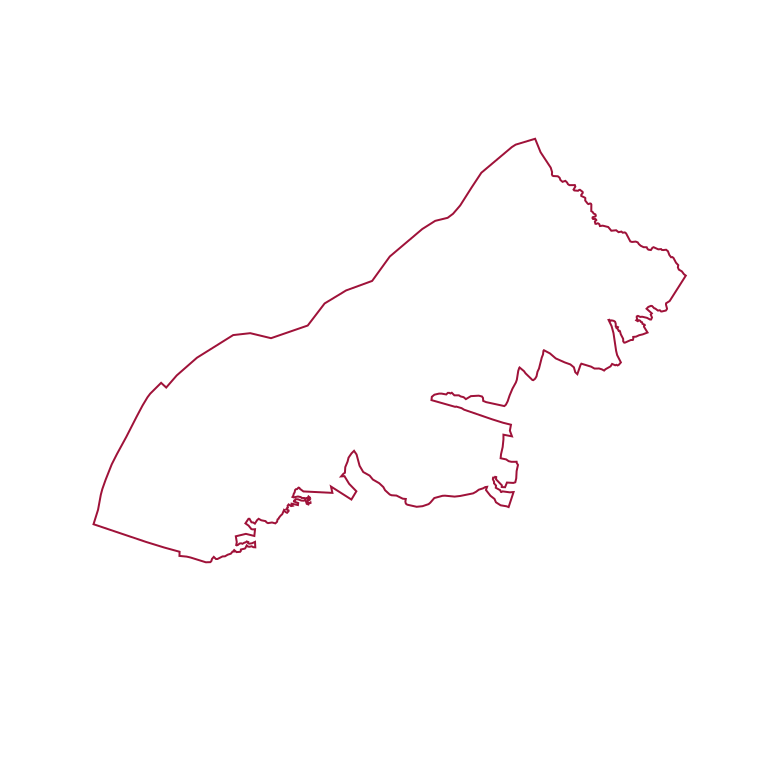 Galicea, Vâlcea, Romania, rotated 37°
{"feature_id": "2599482B8272038924488", "entity_name": "Galicea", "entity_type": "district", "adm_level": 2, "iso_a3": "ROU", "parent_name": "Romania", "parent_adm1": "Vâlcea", "projection": "albers", "projection_center": [24.314, 44.946], "detail": "fine", "context": "isolated", "style": "outline", "palette": "rose", "viewbox_px": 768, "rotation_deg": 37, "n_neighbors": 0, "source": "geoboundaries", "source_scale": "gbopen_adm2", "svg_char_len": 6164}
<svg xmlns="http://www.w3.org/2000/svg" viewBox="0 0 768 768"><g transform="rotate(37 384 384)"><path d="M379.5,591.9L376.0,587.7L374.4,590.7L372.4,592.7L371.1,592.8L370.7,591.9L369.1,592.4L368.9,593.6L368.0,594.7L367.1,596.8L365.8,597.2L364.7,598.3L364.2,600.4L363.5,601.5L362.9,601.6L361.6,598.9L357.3,594.8L363.9,586.8L371.9,583.4L368.4,577.6L366.7,579.1L365.4,579.7L361.1,578.6L357.2,578.7L356.9,573.2L357.7,572.6L361.4,574.2L362.9,573.3L364.9,573.2L364.6,569.1L365.0,567.1L368.0,566.7L371.9,564.8L373.5,565.2L375.1,564.9L377.9,562.0L381.1,560.7L381.5,558.4L380.5,556.2L380.9,554.9L380.6,554.1L380.7,551.1L381.1,549.3L380.0,544.9L382.4,545.5L384.1,545.2L384.3,543.0L383.9,542.4L381.4,542.8L381.7,542.1L381.2,541.2L381.6,540.5L380.3,539.3L380.3,537.6L383.3,537.4L384.3,536.3L382.6,536.0L382.2,535.2L388.1,532.5L387.1,530.7L382.8,532.1L382.4,531.4L382.5,530.8L383.0,530.5L382.7,529.2L384.8,527.8L388.0,526.9L390.0,525.6L390.4,524.8L392.0,524.5L394.4,526.2L396.1,525.7L395.8,524.8L396.9,523.2L396.6,522.9L396.3,523.9L394.5,524.7L392.9,522.7L394.0,522.1L394.4,521.1L394.3,520.5L393.7,520.7L393.2,519.3L391.5,519.3L392.1,521.0L391.8,521.2L391.4,520.6L391.3,521.3L390.5,521.9L390.5,522.9L389.0,523.0L386.7,524.6L385.6,524.4L383.0,525.6L380.0,529.0L378.9,529.3L378.8,527.9L377.9,525.7L377.9,524.5L376.8,522.2L377.0,521.0L377.8,520.3L378.1,518.2L378.9,517.9L380.1,518.3L384.3,518.3L408.3,502.0L403.4,497.8L427.5,495.9L426.5,486.3L416.2,484.7L407.9,481.4L405.4,483.6L405.6,480.1L406.2,478.4L403.1,473.7L401.6,467.9L400.0,464.1L399.8,458.9L400.3,455.4L404.5,456.8L413.7,464.0L420.4,466.8L427.7,465.8L432.6,467.0L439.9,466.1L445.5,466.7L448.8,468.2L455.1,468.8L457.0,468.3L461.1,465.6L468.0,464.3L470.6,462.7L471.8,465.0L473.0,466.1L474.2,466.5L475.4,466.3L484.0,462.4L488.3,458.4L491.9,453.1L492.4,450.9L492.8,444.8L498.0,438.1L499.9,436.5L508.2,431.4L512.2,427.6L521.0,417.7L522.4,414.6L523.3,411.4L525.9,407.7L526.9,405.4L528.2,404.1L529.2,407.3L536.2,409.2L541.4,409.3L544.6,411.1L550.1,410.7L555.5,407.9L557.6,407.3L552.5,392.3L549.7,394.8L543.3,398.4L542.8,399.6L542.3,399.8L540.7,398.9L535.7,399.6L534.6,397.7L531.6,397.1L530.7,395.8L528.2,394.5L527.5,393.1L528.7,392.2L528.6,391.3L529.6,390.8L530.9,392.7L539.1,394.0L540.0,395.4L540.9,394.9L542.8,393.6L541.5,388.7L546.8,385.2L548.0,383.5L546.4,379.8L542.3,373.7L539.7,368.0L537.6,367.2L536.7,366.3L532.5,369.5L530.0,370.6L527.0,370.7L521.8,373.1L519.7,369.6L516.7,362.9L512.7,356.3L509.9,352.6L517.7,348.8L512.6,345.5L509.9,340.1L502.4,343.3L491.7,347.1L463.5,356.3L460.5,356.6L455.2,358.6L454.6,359.4L431.6,368.3L429.9,365.4L430.7,362.2L433.7,358.6L435.8,357.0L440.0,354.9L440.3,352.7L441.5,351.8L442.7,351.6L443.4,350.2L447.0,350.7L450.6,348.0L452.7,347.8L455.5,346.6L458.5,346.8L460.7,341.4L466.7,336.3L469.8,335.0L471.5,335.6L473.4,337.8L476.5,337.0L493.4,329.2L493.8,327.2L493.2,323.5L491.2,317.5L489.4,310.4L488.4,303.4L487.5,300.6L483.3,292.7L482.3,289.7L482.3,289.2L488.1,289.5L490.6,290.3L500.1,291.5L500.9,291.1L501.5,288.9L501.2,286.1L499.2,281.8L498.5,278.4L494.1,268.0L493.2,264.7L491.4,261.6L491.4,260.8L498.1,259.7L505.8,260.2L515.3,258.0L521.1,256.2L525.6,256.4L529.7,259.5L532.5,259.8L529.5,250.6L529.4,249.0L539.0,245.5L542.8,245.0L546.4,242.2L549.1,241.2L551.7,240.8L552.0,238.9L554.3,233.6L554.1,230.7L557.4,229.9L558.1,228.8L559.4,228.6L560.0,227.3L560.2,224.2L552.8,220.6L549.5,217.9L536.6,205.2L530.9,200.8L524.8,197.7L525.4,197.0L526.9,197.3L527.5,196.2L529.5,195.3L531.1,195.2L532.9,196.5L534.3,198.4L536.7,197.8L536.8,198.2L536.1,199.3L537.4,199.4L539.6,200.4L540.1,199.7L540.6,199.8L543.2,201.8L547.8,204.0L549.4,206.0L551.0,206.4L551.7,205.7L554.6,200.4L556.2,199.1L555.9,197.9L554.7,196.4L556.8,194.5L558.4,191.5L560.8,188.6L563.5,184.3L557.1,181.8L556.6,180.9L556.9,180.1L556.5,179.8L554.2,180.4L553.0,179.4L551.9,179.8L550.6,179.3L549.3,179.6L548.9,181.1L547.1,181.3L547.3,179.9L545.9,178.9L545.2,177.9L545.8,176.8L548.3,176.2L549.7,174.9L554.2,172.9L557.7,172.4L558.5,171.7L558.0,169.6L555.2,168.0L555.4,166.4L548.4,165.9L548.7,163.4L550.2,160.9L551.2,160.4L554.2,160.9L555.2,160.5L558.6,160.5L559.9,159.1L561.7,159.3L562.4,158.7L564.9,155.7L564.9,154.1L564.6,153.4L561.4,150.9L560.7,149.8L562.2,145.8L559.8,115.8L557.5,115.8L554.1,114.8L550.6,115.2L548.5,114.0L547.5,112.0L544.2,111.4L539.3,109.1L537.9,109.1L537.0,110.0L534.2,109.2L530.9,107.1L528.5,107.0L526.4,109.0L525.2,109.7L524.1,109.5L522.0,111.4L517.0,112.5L516.4,113.6L516.5,116.4L514.3,117.6L513.1,117.5L511.5,116.7L509.0,118.5L505.8,119.1L503.4,118.9L501.4,118.2L499.3,118.8L496.6,121.3L494.9,121.9L486.7,118.0L485.1,118.0L483.6,119.5L481.9,119.4L479.9,121.6L476.9,121.5L473.3,124.8L468.6,123.7L463.4,125.9L461.4,127.9L459.8,126.8L458.7,126.8L458.0,127.0L457.1,128.4L456.4,128.8L454.8,127.6L454.6,126.6L455.0,125.5L454.6,125.1L453.4,125.0L451.7,126.4L450.6,126.0L450.3,125.2L451.9,123.1L452.0,122.5L451.6,121.8L450.7,121.3L448.8,121.7L447.2,121.1L445.5,121.2L441.6,115.9L440.8,115.5L439.9,115.8L439.1,117.2L438.2,117.4L434.3,116.4L432.9,114.4L432.1,114.3L428.4,115.1L427.7,114.3L427.7,111.7L426.9,111.0L423.6,111.0L423.1,111.5L422.7,112.9L419.5,114.9L418.4,114.7L418.0,111.2L416.7,110.3L412.4,113.6L410.7,113.7L408.9,112.9L406.6,112.6L404.9,115.1L402.1,114.9L400.1,113.6L397.8,113.5L394.1,116.0L393.1,116.2L391.9,115.5L390.7,113.6L387.0,110.9L369.6,104.7L357.1,97.2L345.1,113.6L343.5,117.9L334.6,156.7L335.7,174.4L337.4,195.5L336.7,206.5L334.8,213.0L326.7,222.9L321.3,237.2L311.9,278.7L312.5,308.8L297.4,332.1L288.1,355.4L287.9,383.2L266.2,415.4L246.6,423.9L234.1,435.7L218.8,475.6L213.3,501.9L212.2,517.9L205.3,517.2L203.1,532.4L203.1,536.9L204.1,546.5L206.1,559.0L210.0,581.2L212.9,600.8L214.9,612.0L219.3,628.0L222.3,637.5L224.5,642.9L231.3,656.5L236.4,670.8L289.1,653.3L306.8,646.9L321.7,641.0L324.1,644.4L330.3,640.6L333.9,639.0L349.0,633.6L352.5,630.8L352.7,629.4L351.9,627.2L352.1,624.5L355.1,624.9L356.3,624.0L358.8,618.9L360.7,617.3L361.9,614.4L363.8,611.7L363.9,609.0L364.9,608.2L364.3,607.5L364.3,606.8L367.4,607.0L370.1,604.6L370.1,603.4L369.3,602.3L371.9,599.2L372.0,598.3L371.5,595.5L373.2,595.7L374.5,595.0L376.0,593.2L377.8,593.0L379.5,591.9Z" fill="none" stroke="#9f1239" stroke-width="2"/></g></svg>